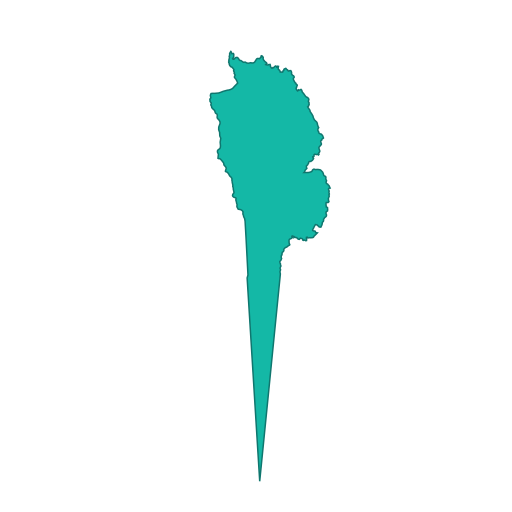 the district of Runyenjes, Eastern, Kenya, rotated 226°
{"feature_id": "3690345B92144089270932", "entity_name": "Runyenjes", "entity_type": "district", "adm_level": 2, "iso_a3": "KEN", "parent_name": "Kenya", "parent_adm1": "Eastern", "projection": "orthographic", "projection_center": [37.591, -0.339], "detail": "fine", "context": "isolated", "style": "filled", "palette": "teal", "viewbox_px": 512, "rotation_deg": 226, "n_neighbors": 0, "source": "geoboundaries", "source_scale": "gbopen_adm2", "svg_char_len": 6170}
<svg xmlns="http://www.w3.org/2000/svg" viewBox="0 0 512 512"><g transform="rotate(226 256 256)"><path d="M327.9,399.3L329.7,400.8L330.4,400.8L330.9,401.1L331.9,402.8L332.9,403.2L334.4,403.2L335.0,402.7L336.7,402.6L339.7,403.1L341.9,403.2L342.7,403.7L343.7,404.1L344.6,404.1L344.9,403.0L345.4,402.2L346.0,402.0L345.7,401.4L345.8,400.6L346.5,400.5L347.2,400.8L348.3,400.9L348.9,401.6L349.3,402.7L349.7,403.1L349.9,404.0L350.7,404.5L352.0,404.3L352.7,404.7L353.5,404.5L356.1,405.2L356.9,405.5L357.5,405.9L357.9,406.4L357.9,407.0L358.1,407.7L358.8,408.1L359.6,408.2L360.3,407.9L361.7,407.9L362.4,408.1L362.9,408.8L364.2,409.6L365.2,409.8L365.9,409.1L366.3,408.0L367.2,407.7L367.9,408.0L368.6,407.7L370.3,407.8L370.8,406.5L370.9,405.7L370.4,405.4L370.2,404.7L370.4,404.0L369.8,403.0L370.1,402.4L370.9,401.9L371.4,401.2L372.4,401.7L373.3,402.0L374.6,401.7L375.3,402.1L376.0,402.7L376.8,403.9L377.4,403.5L377.0,402.9L377.4,402.1L378.3,402.4L379.0,402.2L379.3,401.3L379.2,399.4L379.8,399.1L379.8,398.1L380.4,397.7L382.3,398.0L382.9,398.6L384.0,399.2L384.9,398.1L385.0,397.4L385.9,396.6L386.9,396.0L387.0,397.6L387.8,397.8L389.7,397.5L392.0,397.7L393.0,398.2L393.9,399.2L395.4,399.4L396.2,399.1L396.3,398.4L395.5,398.0L395.6,397.1L395.5,395.7L396.1,395.2L397.1,394.2L397.3,393.3L396.4,389.6L396.7,388.3L397.8,387.0L398.6,386.6L399.3,385.5L399.6,384.9L400.2,384.2L401.5,383.3L402.7,383.1L403.4,382.4L404.1,381.5L407.2,380.9L407.8,380.3L408.8,380.2L410.3,380.6L411.2,380.6L412.0,380.4L412.4,379.9L412.8,379.3L412.9,378.5L412.9,376.8L413.4,376.2L414.2,376.2L414.6,377.8L414.8,378.4L416.6,380.2L417.4,380.4L418.3,379.2L419.1,379.5L419.8,379.9L420.6,380.0L420.4,378.9L420.0,377.7L419.0,376.8L418.0,375.2L417.2,374.8L415.7,372.4L414.8,371.8L414.6,371.1L413.9,370.7L413.2,370.6L412.6,370.0L411.2,369.4L409.4,369.4L408.6,369.9L406.6,369.8L405.4,369.6L404.8,368.5L403.8,368.2L403.0,367.9L402.7,367.2L400.6,366.7L400.1,365.3L399.7,364.7L398.9,364.5L396.5,364.3L395.8,363.9L395.0,363.8L393.1,362.9L393.0,358.6L392.8,355.8L393.1,354.2L394.1,352.0L395.2,350.5L397.3,346.7L398.1,344.7L399.1,342.5L401.5,339.5L403.5,337.4L404.1,336.5L403.4,334.9L402.8,334.4L401.4,333.6L401.0,333.0L401.0,332.2L400.5,331.4L399.6,330.8L399.1,330.3L397.3,330.1L396.7,329.6L396.4,328.9L396.0,328.4L394.9,328.2L393.4,327.2L391.9,327.2L391.2,327.1L390.3,327.3L389.2,327.2L387.2,326.2L386.4,326.2L385.5,326.5L384.4,326.2L382.7,324.3L381.6,323.8L380.0,323.9L378.0,323.5L377.4,323.2L376.3,322.2L374.6,318.7L373.4,317.5L372.8,316.9L370.2,315.7L367.6,313.4L365.1,312.4L362.8,309.3L359.8,306.9L358.7,305.5L358.4,304.5L358.7,302.4L358.4,301.3L357.8,300.7L357.2,300.3L355.4,299.7L352.7,296.5L351.9,296.8L351.1,297.6L350.3,297.7L348.9,297.7L345.8,297.4L345.0,297.1L343.8,296.2L340.8,296.0L340.1,295.7L339.6,295.3L338.6,293.4L338.1,292.8L337.4,292.9L336.6,293.4L335.5,293.5L333.8,293.3L332.3,292.8L331.5,292.7L329.7,292.8L328.5,292.5L327.8,291.9L327.3,291.3L326.7,291.0L325.3,289.9L323.1,288.6L322.2,287.6L321.1,287.1L320.4,286.6L319.9,286.1L317.4,284.6L316.8,284.1L316.6,282.8L316.4,282.0L315.7,281.0L315.0,280.8L314.0,280.8L313.2,281.1L312.2,281.7L311.4,281.8L310.3,280.4L308.3,279.3L307.1,278.5L306.0,278.1L305.2,276.9L304.5,276.4L302.0,275.7L300.1,277.1L299.2,277.4L298.1,277.6L296.7,277.3L296.1,276.5L295.1,275.6L294.4,275.4L292.7,274.4L290.8,273.8L288.6,272.3L276.4,261.8L247.9,237.0L246.4,234.4L91.4,102.2L226.2,261.1L227.5,261.9L228.3,262.6L228.6,263.4L229.3,264.3L230.3,264.6L230.9,265.4L231.5,267.0L232.5,267.4L233.6,268.3L234.4,268.4L235.5,269.2L235.6,270.8L236.4,272.7L237.3,273.0L238.5,274.2L238.7,274.9L238.8,275.6L239.5,276.0L239.8,276.7L240.4,277.5L240.2,278.4L240.3,279.2L240.8,280.1L241.4,280.4L241.6,281.0L241.7,282.6L241.5,283.4L241.2,284.0L241.0,284.8L240.9,286.7L240.6,287.3L240.6,288.1L242.4,288.9L244.5,290.8L244.8,291.8L244.3,292.9L244.0,294.1L244.0,295.0L244.7,295.1L245.3,295.5L245.2,296.1L243.5,296.9L242.9,296.1L242.5,297.1L241.8,297.3L241.0,298.0L239.1,298.0L238.4,298.3L237.8,298.8L238.0,299.7L237.9,300.4L236.4,301.2L235.4,301.2L235.0,300.7L234.3,300.9L234.1,301.7L233.3,302.1L232.4,302.4L232.0,303.1L233.1,304.3L233.9,304.6L234.4,305.3L233.8,306.0L233.2,305.8L232.5,306.4L232.0,307.2L231.1,308.0L229.8,309.6L229.6,310.5L229.9,311.2L230.0,316.2L231.5,315.2L232.6,315.8L233.3,315.5L234.1,314.8L235.0,314.5L235.5,315.0L237.0,319.3L237.3,320.6L235.8,321.6L235.0,321.5L233.9,321.7L233.0,321.6L231.7,322.7L232.6,325.1L233.3,326.2L233.8,326.6L234.1,327.3L234.1,328.5L234.6,329.3L235.4,330.0L235.9,332.1L235.7,333.8L236.0,334.6L236.6,335.3L237.7,335.7L238.9,336.9L239.0,337.5L238.7,338.7L239.5,339.7L241.2,341.1L242.5,340.6L242.9,341.1L243.7,341.5L245.2,342.9L245.7,343.7L245.1,344.4L244.5,344.8L244.3,345.5L244.6,346.4L245.2,346.6L245.8,346.9L247.2,348.1L248.2,350.3L249.4,350.9L249.6,351.8L250.9,352.5L251.4,352.9L251.8,353.7L253.5,354.4L254.0,354.9L254.0,355.6L253.4,356.5L255.9,357.4L256.7,357.3L257.9,357.5L258.9,357.1L259.9,357.3L260.6,357.8L260.8,358.5L261.3,359.2L262.6,359.5L263.5,360.3L264.2,361.1L265.1,361.3L265.9,360.8L267.0,360.8L268.7,361.7L270.0,362.2L272.9,362.2L273.6,361.9L275.1,360.8L275.9,360.0L276.6,359.1L277.3,358.5L277.9,358.3L278.5,357.6L278.6,356.4L278.3,355.8L278.1,354.9L278.4,353.9L279.0,352.7L279.4,352.0L280.3,351.0L282.7,348.5L282.7,349.2L283.6,351.0L283.7,353.5L284.8,353.9L285.8,354.9L285.7,356.5L286.0,357.1L286.1,358.0L286.8,358.9L287.0,359.8L286.5,360.5L285.9,361.1L285.9,362.1L285.6,362.9L286.1,365.1L287.2,365.2L287.9,365.7L287.4,366.3L287.5,367.1L288.5,368.0L288.4,369.0L287.2,369.8L286.7,370.2L286.4,371.0L285.3,371.1L285.4,372.0L286.2,372.4L286.7,373.0L286.6,373.7L286.9,374.5L287.8,375.2L288.7,375.5L290.2,376.4L290.5,377.1L290.8,380.4L291.3,381.0L292.0,381.3L293.4,382.0L293.9,382.9L293.7,383.8L294.2,384.5L294.2,385.2L294.0,385.8L294.0,386.5L296.2,387.5L298.2,387.7L299.0,387.1L300.7,386.7L301.6,387.1L302.1,387.5L302.8,387.5L303.5,387.8L304.4,388.8L304.8,390.3L306.1,390.6L306.9,391.1L307.7,391.4L308.3,391.9L309.0,392.3L310.0,392.7L313.4,392.6L315.8,393.4L317.1,394.2L319.4,394.8L322.4,395.3L323.0,395.8L323.6,396.1L326.3,396.5L327.4,396.8L327.3,397.5L327.5,398.3L328.0,398.6L327.9,399.3Z" fill="#14b8a6" stroke="#0f766e" stroke-width="1.5"/></g></svg>